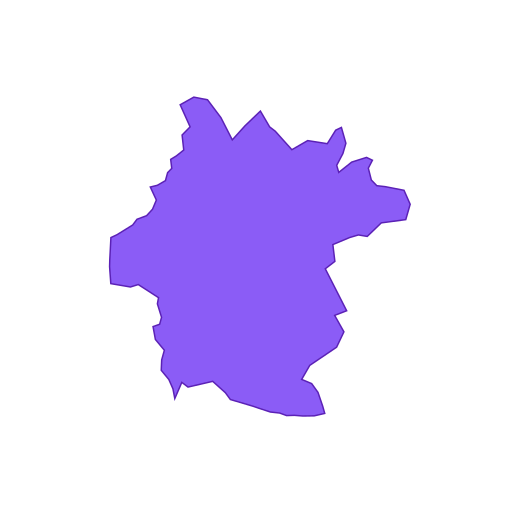 Santo Expedito do Sul, Rio Grande do Sul, Brazil, rotated 139°
{"feature_id": "56859067B67649828146621", "entity_name": "Santo Expedito do Sul", "entity_type": "district", "adm_level": 2, "iso_a3": "BRA", "parent_name": "Brazil", "parent_adm1": "Rio Grande do Sul", "projection": "mercator", "projection_center": [-51.663, -27.922], "detail": "fine", "context": "isolated", "style": "filled", "palette": "violet", "viewbox_px": 512, "rotation_deg": 139, "n_neighbors": 0, "source": "geoboundaries", "source_scale": "gbopen_adm2", "svg_char_len": 1284}
<svg xmlns="http://www.w3.org/2000/svg" viewBox="0 0 512 512"><g transform="rotate(139 256 256)"><path d="M119.1,185.2L105.7,193.9L101.2,208.5L113.0,223.6L118.7,229.8L119.1,237.7L113.6,248.6L105.3,251.9L107.9,257.9L122.2,264.1L138.7,264.8L135.6,271.5L123.2,276.3L114.2,282.1L107.2,297.0L113.3,298.7L128.5,294.0L141.3,309.2L159.2,312.7L159.6,337.6L161.0,344.5L157.6,362.5L178.7,361.5L197.7,359.2L191.7,383.4L190.1,405.7L198.7,416.7L214.0,419.9L221.0,396.7L232.4,395.8L241.0,383.4L250.5,383.8L257.0,384.9L262.1,377.4L268.0,376.9L274.9,372.3L284.1,374.1L290.5,377.4L294.5,363.6L303.4,359.2L312.1,358.2L321.7,361.8L328.7,360.3L347.1,363.3L353.4,365.1L369.1,348.8L373.5,344.0L383.7,330.4L371.1,315.0L363.6,311.7L356.9,288.5L361.8,284.6L367.5,271.7L373.5,267.7L380.0,270.3L386.7,259.0L387.0,245.0L395.3,239.5L402.5,231.9L402.8,220.0L405.8,210.3L410.8,201.7L394.9,209.3L393.3,201.7L370.9,189.8L368.8,172.9L369.5,164.5L356.7,144.4L353.4,138.7L347.5,128.8L341.2,122.0L337.6,115.5L331.6,110.6L325.5,104.4L316.8,97.1L307.4,92.1L304.2,98.9L298.7,112.4L297.7,123.2L302.5,132.9L287.2,138.2L255.0,134.3L239.4,141.1L235.6,159.6L223.5,155.2L212.1,200.9L200.0,200.2L190.5,214.2L173.2,208.5L164.9,204.7L159.2,197.8L139.7,198.8L119.1,185.2Z" fill="#8b5cf6" stroke="#5b21b6" stroke-width="1.5"/></g></svg>